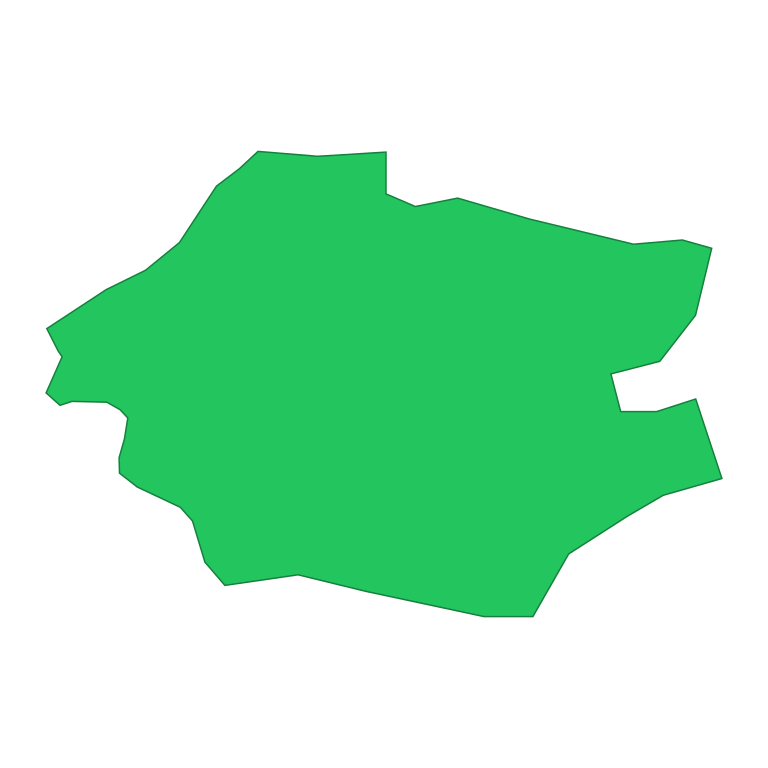 the border of Rugaju
{"feature_id": "LVA-5741", "entity_name": "Rugaju", "entity_type": "Municipality", "adm_level": 1, "iso_a3": "LVA", "parent_name": "Latvia", "parent_adm1": "", "projection": "robinson", "projection_center": [27.065, 56.988], "detail": "fine", "context": "isolated", "style": "filled", "palette": "green", "viewbox_px": 768, "rotation_deg": 0, "n_neighbors": 0, "source": "natural_earth", "source_scale": "10m", "svg_char_len": 689}
<svg xmlns="http://www.w3.org/2000/svg" viewBox="0 0 768 768"><path d="M46.1,392.9L62.1,356.8L58.1,350.9L46.8,328.6L106.2,289.6L145.6,270.2L179.4,242.6L216.5,186.1L239.5,168.6L258.0,151.4L317.6,156.3L386.0,152.1L386.0,193.9L415.3,206.5L457.6,198.1L529.3,219.0L633.5,244.2L682.4,240.0L711.7,248.3L695.5,315.3L659.8,361.3L610.9,373.9L620.7,411.6L656.6,411.6L695.7,399.0L721.9,478.5L663.2,495.3L627.4,516.2L568.7,553.9L532.9,616.6L484.0,616.6L366.5,591.5L298.0,574.8L224.9,585.4L204.9,562.1L192.5,521.0L180.3,507.3L137.4,487.1L119.5,473.2L119.1,457.7L124.4,439.1L127.8,418.0L120.2,409.8L106.9,402.2L72.0,401.4L60.0,405.3L46.1,392.9Z" fill="#22c55e" stroke="#15803d" stroke-width="1.5"/></svg>